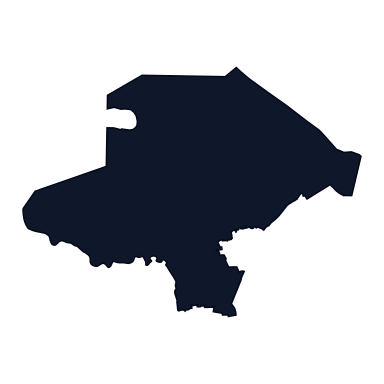 outline of Het Hogeland, Groningen, Netherlands
{"feature_id": "6326949B63985747686653", "entity_name": "Het Hogeland", "entity_type": "district", "adm_level": 2, "iso_a3": "NLD", "parent_name": "Netherlands", "parent_adm1": "Groningen", "projection": "orthographic", "projection_center": [6.588, 53.413], "detail": "fine", "context": "isolated", "style": "filled", "palette": "ink", "viewbox_px": 384, "rotation_deg": 0, "n_neighbors": 0, "source": "geoboundaries", "source_scale": "gbopen_adm2", "svg_char_len": 5899}
<svg xmlns="http://www.w3.org/2000/svg" viewBox="0 0 384 384"><path d="M244.2,271.4L242.9,271.0L242.4,271.0L241.9,271.1L241.7,271.3L241.5,271.2L240.9,271.3L239.7,271.9L239.1,272.0L236.7,266.9L236.5,267.0L233.2,266.9L232.8,267.0L228.6,267.0L225.5,260.3L225.8,259.5L226.1,258.8L224.9,256.6L224.2,255.1L222.0,254.9L220.3,255.6L218.6,250.9L216.8,251.1L216.7,251.1L216.7,250.9L216.2,250.8L216.2,250.5L217.6,250.2L218.3,250.1L219.9,249.8L222.0,249.5L221.7,247.0L220.2,247.2L217.7,242.1L220.5,240.1L221.0,240.0L221.6,240.0L222.0,239.8L222.3,240.0L222.1,240.5L222.3,240.8L226.4,240.5L226.9,240.8L227.5,240.9L227.7,240.7L227.7,240.4L227.8,240.2L228.2,239.9L228.8,239.8L229.3,240.0L229.7,239.9L229.9,239.7L229.8,239.4L230.1,239.2L230.4,239.2L230.6,239.4L231.3,239.4L231.4,239.2L231.4,238.9L231.5,238.7L232.0,238.5L232.2,238.2L232.2,237.7L231.8,237.1L231.8,236.2L231.9,235.7L231.4,233.5L231.2,232.9L231.3,232.3L231.3,231.8L231.3,231.6L231.9,231.6L232.8,230.6L233.4,230.3L234.3,230.4L235.3,230.3L235.9,232.1L236.3,231.9L235.8,230.2L237.6,230.0L238.6,229.6L238.8,229.4L238.8,228.9L238.6,228.4L238.6,228.2L239.0,227.8L239.8,227.5L240.1,227.4L240.8,228.7L241.1,228.8L242.5,228.7L243.2,228.9L243.9,228.6L244.0,228.3L244.7,227.7L244.9,228.1L245.3,228.1L245.4,227.5L246.2,227.6L246.4,228.0L247.3,227.5L247.7,227.5L247.8,227.6L248.6,227.0L248.8,227.0L249.2,227.0L250.7,228.2L251.7,228.5L252.3,228.5L253.5,228.0L253.7,227.9L253.6,227.5L253.7,227.4L254.0,227.0L254.3,226.9L255.0,226.8L255.4,226.9L255.6,227.0L256.0,227.7L256.4,227.9L256.7,227.8L257.1,227.2L257.9,227.0L259.5,227.7L260.3,228.2L260.7,228.2L261.2,228.1L263.0,229.7L263.7,230.1L264.5,229.3L265.4,227.8L266.0,227.2L267.1,226.4L267.9,226.2L268.2,225.7L268.7,225.2L269.0,225.3L269.0,225.1L268.9,225.1L270.0,224.1L271.2,222.7L275.9,218.8L278.5,216.2L280.2,214.2L287.1,205.4L289.5,203.6L290.7,203.0L292.3,201.8L294.6,200.7L295.7,200.0L296.7,199.1L297.0,199.0L296.9,198.9L298.1,197.4L300.7,193.5L301.5,193.5L302.1,193.6L302.4,193.8L303.0,194.4L303.1,194.7L303.2,195.3L303.0,195.5L303.0,195.9L303.2,196.1L304.1,196.0L304.9,195.7L307.0,199.0L330.2,184.6L330.5,184.9L331.9,186.5L332.6,187.0L336.2,190.8L338.7,192.8L342.1,194.8L342.3,194.8L343.5,195.5L343.6,195.3L343.8,195.5L351.7,195.6L361.0,156.3L359.1,154.7L351.5,151.9L343.9,152.4L336.4,149.3L325.0,136.4L319.3,130.3L306.1,120.6L287.1,106.0L268.3,92.7L249.4,79.0L240.6,71.6L236.3,67.5L225.2,76.7L142.0,75.3L107.5,95.3L107.3,108.9L114.1,107.3L120.9,109.2L123.2,109.0L125.9,109.0L129.0,109.3L131.0,109.7L134.0,112.3L136.2,115.7L137.4,121.3L137.0,125.4L135.7,127.5L133.0,129.5L129.9,130.1L121.6,129.0L120.6,129.7L113.8,127.9L107.0,127.8L106.3,166.4L35.2,191.2L23.3,208.3L23.1,209.1L23.0,210.4L23.2,212.9L23.3,214.3L23.7,217.2L24.0,218.9L24.4,220.5L24.8,221.9L25.8,224.3L26.4,225.4L27.0,226.5L28.0,228.1L28.7,228.7L32.9,230.5L36.1,231.4L44.5,233.1L45.7,233.5L46.3,233.9L48.2,235.3L48.6,235.6L49.1,236.2L49.7,237.8L49.8,238.2L50.3,240.7L51.5,243.5L52.0,244.1L52.4,244.5L52.9,244.8L53.5,245.0L54.3,245.1L54.9,245.1L55.5,244.9L56.7,244.0L58.3,242.3L59.3,241.5L59.9,241.2L61.1,240.8L62.2,240.7L63.6,241.1L67.0,242.5L69.9,242.9L71.2,243.2L72.1,243.8L74.0,245.2L75.2,245.8L77.2,246.2L81.1,249.8L83.3,251.7L85.5,252.8L86.7,253.8L88.2,254.8L89.0,255.7L89.4,256.2L89.7,256.9L90.1,257.7L90.3,258.7L90.2,260.0L90.3,261.7L90.4,262.5L90.6,263.0L91.1,264.0L91.6,264.5L92.6,265.2L94.1,265.9L95.3,266.2L96.3,266.3L97.4,266.2L98.2,265.8L100.2,264.5L101.8,263.6L102.8,263.3L103.4,263.3L104.2,263.5L105.5,264.3L106.5,265.4L107.5,266.7L107.9,267.1L108.3,267.3L109.0,267.3L109.7,266.9L110.5,266.2L111.2,265.0L112.0,263.1L112.5,262.1L112.9,261.7L113.8,261.4L114.7,261.6L117.1,262.4L118.4,262.6L119.8,262.7L123.8,262.7L127.6,263.3L129.3,263.3L131.2,262.6L132.7,261.6L132.9,261.3L133.6,260.1L134.5,257.7L134.9,257.0L135.2,256.6L135.7,256.4L136.3,256.5L138.3,257.3L139.3,257.3L140.6,257.0L141.9,256.3L142.4,256.3L142.7,256.5L143.5,257.4L145.2,260.7L145.6,261.6L145.8,262.5L145.9,264.7L146.1,265.1L146.6,265.3L147.3,265.2L148.2,264.6L148.6,264.2L149.9,262.5L150.3,262.2L151.1,261.7L151.4,261.3L151.5,260.9L151.4,260.6L150.3,259.5L150.0,259.1L149.9,258.5L149.9,258.1L150.0,257.5L150.5,257.0L151.1,256.6L152.7,256.0L153.8,255.9L154.6,256.0L155.5,256.4L156.3,256.9L156.8,257.5L157.0,258.0L157.1,258.5L156.9,259.1L156.3,260.2L156.3,260.4L156.3,260.8L156.6,261.2L157.8,261.8L159.6,262.2L160.5,262.2L161.2,262.0L161.6,261.7L161.9,261.3L162.3,260.0L162.7,259.8L163.8,259.9L165.3,260.7L166.2,261.7L166.4,262.1L166.6,262.8L166.6,263.4L165.8,264.8L165.9,265.2L167.2,266.8L169.1,270.1L173.4,276.7L174.9,279.3L176.0,281.4L176.0,281.7L176.0,282.3L175.9,283.3L175.6,284.3L175.5,285.8L175.6,286.4L176.0,287.5L176.1,288.9L176.0,289.2L175.2,290.1L175.0,290.5L174.9,290.9L174.8,291.5L174.9,293.1L175.0,293.8L175.7,295.8L176.3,297.9L177.1,300.4L177.2,300.7L176.9,301.8L176.9,302.1L177.2,304.2L177.8,310.3L178.9,310.9L179.6,310.6L182.7,309.6L182.8,309.9L182.8,310.0L184.2,310.2L185.1,311.2L185.6,310.7L185.8,310.0L186.1,309.8L187.0,309.9L187.4,309.7L187.5,309.8L187.8,309.8L187.8,309.6L188.3,309.2L188.5,309.5L189.6,308.8L189.6,308.5L190.3,308.4L190.3,308.5L191.9,308.2L191.5,306.5L191.6,306.3L191.3,305.4L192.7,305.7L194.9,305.2L195.2,305.2L196.9,304.7L196.6,305.1L196.9,305.7L197.3,305.7L197.6,305.9L197.7,306.2L197.4,306.7L197.9,306.8L198.6,306.9L200.5,306.6L200.6,306.2L201.2,306.1L204.4,305.8L204.6,307.4L207.4,307.4L210.9,307.2L212.4,307.2L212.4,307.3L213.1,307.3L213.1,306.6L214.4,306.6L213.9,307.8L213.3,311.7L222.5,313.3L222.5,313.8L222.4,314.6L222.5,315.0L227.9,315.0L228.4,316.5L235.7,315.1L235.8,315.2L236.0,315.1L235.9,313.7L235.7,312.2L235.4,311.1L234.8,308.7L234.2,307.6L232.4,305.2L232.1,304.6L231.4,303.8L240.2,282.0L240.3,281.7L240.1,281.7L240.2,281.3L240.5,281.3L241.1,279.6L241.4,278.3L241.8,276.7L242.1,276.3L242.0,276.2L242.6,274.9L243.2,273.8L244.0,271.9L244.0,271.7L244.2,271.4Z" fill="#0f172a" stroke="#020617" stroke-width="1.5"/></svg>